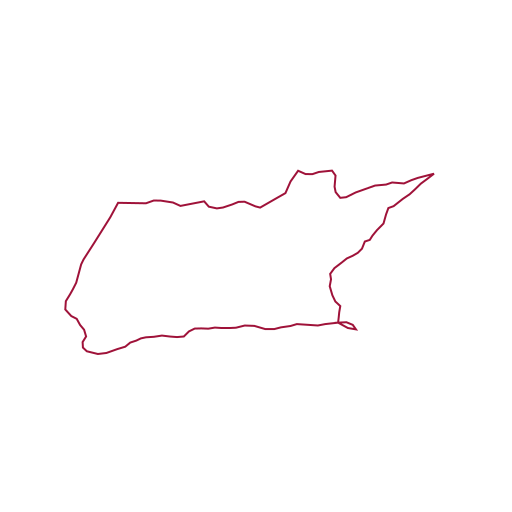 the district of Quixaba, Paraíba, Brazil, rotated 332°
{"feature_id": "56859067B6462044474109", "entity_name": "Quixaba", "entity_type": "district", "adm_level": 2, "iso_a3": "BRA", "parent_name": "Brazil", "parent_adm1": "Paraíba", "projection": "orthographic", "projection_center": [-37.12, -7.046], "detail": "fine", "context": "isolated", "style": "outline", "palette": "rose", "viewbox_px": 512, "rotation_deg": 332, "n_neighbors": 0, "source": "geoboundaries", "source_scale": "gbopen_adm2", "svg_char_len": 1565}
<svg xmlns="http://www.w3.org/2000/svg" viewBox="0 0 512 512"><g transform="rotate(332 256 256)"><path d="M297.2,353.4L300.3,348.9L303.1,344.7L306.9,339.8L304.7,333.4L305.0,326.5L306.9,317.3L311.3,311.8L313.1,306.6L319.6,303.5L327.5,302.2L335.1,300.8L341.4,301.2L347.3,301.0L353.0,299.3L358.9,294.3L364.0,295.2L368.4,292.7L375.1,289.9L383.8,287.2L390.4,280.3L395.4,275.8L400.9,276.6L412.4,274.5L420.7,273.6L427.3,271.9L435.5,269.5L443.5,268.3L451.8,266.9L435.5,263.0L428.9,262.0L420.7,261.4L410.7,255.0L404.4,254.0L394.2,249.7L373.9,246.7L363.2,246.4L357.7,244.2L356.3,237.0L357.9,231.7L364.0,222.3L363.2,216.3L350.9,211.3L344.2,210.2L338.2,206.9L333.2,200.5L321.5,206.4L311.5,214.3L301.0,214.6L282.4,215.2L278.8,211.9L271.4,202.7L265.9,200.0L259.1,199.3L249.6,197.7L243.8,195.6L237.5,190.3L235.9,183.4L212.8,176.3L207.8,169.8L197.8,162.3L191.7,159.0L183.6,157.8L159.2,144.3L145.5,153.4L119.4,168.4L102.1,178.1L97.7,181.3L84.7,195.2L78.7,199.4L73.9,202.5L66.9,206.6L62.5,213.7L64.7,222.3L68.2,227.3L68.3,234.3L69.6,240.4L68.2,247.3L62.5,250.6L60.2,255.6L61.9,260.7L70.4,268.3L78.4,271.4L89.9,273.1L98.0,274.7L104.3,273.4L110.6,274.5L115.7,274.7L120.6,276.1L127.9,279.4L135.6,282.1L142.5,286.9L148.2,290.5L154.5,293.2L161.4,291.1L167.8,291.3L173.8,294.3L179.8,297.8L186.1,299.9L191.9,303.5L198.9,307.2L204.6,309.9L213.4,312.1L221.7,316.9L229.9,324.9L237.8,329.1L244.5,330.7L253.6,334.0L260.1,335.3L278.0,346.4L285.1,348.6L297.2,353.4ZM309.8,367.7L309.1,362.2L304.7,356.9L297.2,353.4L303.3,362.7L309.8,367.7Z" fill="none" stroke="#9f1239" stroke-width="2"/></g></svg>